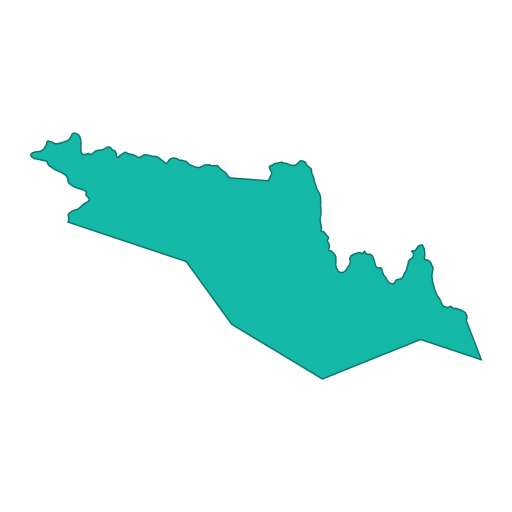 Kandep District, Enga, Papua New Guinea
{"feature_id": "67681753B44837730459554", "entity_name": "Kandep District", "entity_type": "district", "adm_level": 2, "iso_a3": "PNG", "parent_name": "Papua New Guinea", "parent_adm1": "Enga", "projection": "albers", "projection_center": [143.384, -5.743], "detail": "fine", "context": "isolated", "style": "filled", "palette": "teal", "viewbox_px": 512, "rotation_deg": 0, "n_neighbors": 0, "source": "geoboundaries", "source_scale": "gbopen_adm2", "svg_char_len": 4583}
<svg xmlns="http://www.w3.org/2000/svg" viewBox="0 0 512 512"><path d="M422.2,244.8L419.4,245.5L418.1,246.3L416.8,248.3L415.5,250.2L414.3,250.8L412.6,250.7L411.7,251.2L412.5,252.1L413.5,253.7L413.5,255.2L412.9,257.0L411.6,258.3L409.9,259.4L408.5,261.3L408.1,263.7L407.6,265.7L407.0,267.2L406.7,269.5L406.1,270.8L405.0,272.2L404.0,274.6L403.1,276.4L401.7,278.4L399.6,279.2L397.5,279.5L396.2,280.1L394.9,281.9L393.8,283.6L391.8,283.9L389.2,282.6L387.7,281.0L386.5,279.0L385.5,277.2L384.3,275.9L383.3,274.2L382.6,272.5L382.1,271.1L381.8,269.8L381.8,268.6L381.0,267.9L378.5,267.9L376.9,267.5L375.5,265.6L374.7,262.5L374.3,260.6L373.5,258.7L372.9,257.0L371.8,255.3L369.8,254.2L367.3,254.3L365.9,253.5L365.2,252.1L364.5,251.2L363.5,252.5L362.0,253.5L360.0,252.6L358.5,252.6L356.1,253.5L353.7,254.2L351.1,255.7L350.0,257.6L349.9,259.5L350.4,262.6L349.5,264.9L348.0,266.8L346.9,268.6L345.6,270.6L343.4,272.3L341.0,272.6L338.5,271.6L337.2,269.5L336.2,267.4L335.7,264.8L335.8,262.2L335.9,259.8L335.8,256.7L334.6,254.3L332.9,252.6L330.9,250.9L328.8,250.4L328.6,249.1L329.4,247.1L329.4,245.2L328.5,243.1L327.8,241.8L327.2,240.8L328.1,238.9L328.5,237.3L326.8,235.6L325.6,234.0L324.3,232.3L322.7,231.4L321.1,231.3L321.1,229.5L321.5,227.0L320.8,224.0L320.2,221.3L320.1,218.6L320.5,216.4L320.9,213.2L321.0,209.7L320.8,207.6L320.5,204.6L320.7,202.3L320.6,199.4L320.5,197.1L319.8,194.5L318.7,192.1L317.4,189.8L316.1,187.4L315.8,185.5L315.2,183.6L314.3,181.7L314.1,179.5L313.5,177.4L312.8,175.5L312.1,173.8L311.5,172.0L311.6,170.5L311.3,169.1L309.9,167.7L308.4,166.6L307.0,165.3L306.2,164.4L305.7,162.5L304.0,161.5L302.5,161.0L301.2,160.5L299.5,161.4L298.5,162.7L297.4,163.8L295.6,165.1L293.3,165.4L291.1,165.3L289.1,164.6L287.3,163.6L285.5,163.3L283.7,163.1L281.6,162.1L279.5,162.8L277.4,163.1L275.7,163.4L274.1,163.9L272.4,165.4L270.5,165.6L269.4,166.8L269.5,168.4L270.5,170.0L271.5,172.1L271.6,173.9L270.9,175.5L270.1,177.4L269.2,178.9L268.5,180.8L229.9,177.9L228.3,176.3L227.0,174.7L225.8,173.0L223.7,171.2L221.9,170.0L220.5,168.9L218.9,167.2L217.5,165.6L215.0,165.8L213.5,165.5L211.4,165.8L209.9,164.9L207.9,164.8L204.6,165.0L202.3,166.2L199.6,167.5L197.7,167.5L196.4,167.2L194.7,166.8L192.9,166.1L190.8,165.2L188.9,164.3L187.8,163.0L186.2,161.5L183.4,160.7L181.6,160.3L180.0,160.3L178.3,159.5L176.0,158.3L173.4,158.0L170.6,158.7L168.9,160.4L167.4,162.5L166.1,163.4L164.5,162.4L163.0,161.0L160.9,159.5L159.2,158.1L157.2,156.7L154.3,156.4L152.4,156.3L149.6,155.6L146.2,154.7L143.9,155.0L141.2,156.7L138.5,157.7L136.6,156.5L134.5,155.2L132.5,154.6L130.4,154.2L127.8,153.5L125.4,152.2L123.2,153.3L121.2,154.6L119.6,155.8L118.3,157.6L116.9,157.0L116.4,155.8L116.3,153.8L115.4,151.6L114.4,150.5L112.8,150.3L111.6,148.9L110.4,147.6L109.4,147.0L107.2,147.1L105.0,148.5L103.4,149.5L101.6,149.8L99.5,150.4L98.0,150.2L95.7,151.0L94.0,152.2L92.7,153.5L91.1,154.6L89.7,154.0L88.6,153.4L86.4,154.2L84.0,154.5L82.0,154.2L81.1,152.0L80.8,149.2L80.9,147.8L80.9,144.7L80.9,142.8L80.8,141.1L80.6,139.2L79.9,137.1L78.9,135.4L77.8,134.4L76.4,133.6L74.6,133.0L72.4,133.7L71.5,135.6L70.4,137.7L69.0,139.6L66.9,140.9L64.5,141.8L62.6,142.4L60.6,142.9L58.0,143.7L55.2,143.8L52.7,142.4L50.8,141.8L49.3,141.5L48.4,141.0L47.3,141.3L47.0,142.0L46.7,143.9L45.9,145.8L44.8,147.1L44.3,148.8L42.8,150.1L41.7,150.4L40.5,151.3L38.0,151.6L35.0,152.0L32.6,152.8L31.2,154.0L30.7,154.9L31.1,156.1L32.5,157.4L34.3,158.6L36.6,159.0L46.0,161.0L46.9,161.3L47.5,162.7L48.1,164.6L49.9,166.4L51.2,166.8L52.1,167.8L54.8,169.5L57.5,170.8L60.0,171.8L62.2,173.0L64.5,174.4L66.6,176.2L67.4,178.0L67.9,180.1L68.5,182.8L69.9,184.1L71.7,185.2L74.0,186.8L77.1,188.0L79.4,188.7L81.9,189.4L85.2,190.9L86.6,192.5L85.8,194.3L86.3,195.7L88.1,197.4L89.4,199.2L88.9,200.7L86.8,202.3L84.3,203.7L82.1,205.4L80.3,207.2L77.7,209.3L74.1,210.3L71.4,211.6L69.7,212.8L68.2,214.4L68.2,215.6L68.7,217.1L68.7,219.7L68.1,222.1L131.8,243.4L186.2,261.5L231.8,324.4L254.8,338.3L283.7,355.6L322.4,379.0L341.7,371.2L394.9,349.8L420.5,339.5L481.3,359.7L466.1,320.1L466.6,319.4L466.7,318.8L467.0,317.3L467.0,316.0L466.7,315.2L466.0,314.7L465.5,314.2L465.6,313.7L465.7,313.0L465.4,312.6L461.4,310.2L460.4,309.9L456.3,308.4L454.1,308.5L452.3,307.7L451.0,306.4L449.8,306.4L448.6,307.4L447.4,307.6L446.0,307.0L443.6,306.5L442.2,304.5L441.2,302.5L440.4,300.3L439.0,297.9L437.1,295.5L435.9,292.7L434.8,289.7L434.0,286.8L433.2,284.3L432.6,281.9L432.3,279.6L431.8,275.5L432.2,272.7L433.0,269.6L432.8,267.1L431.6,265.1L431.0,263.3L429.6,261.2L427.1,259.8L424.8,259.7L424.4,258.0L424.7,255.2L424.7,252.0L424.1,248.4L422.2,244.8Z" fill="#14b8a6" stroke="#0f766e" stroke-width="1.5"/></svg>